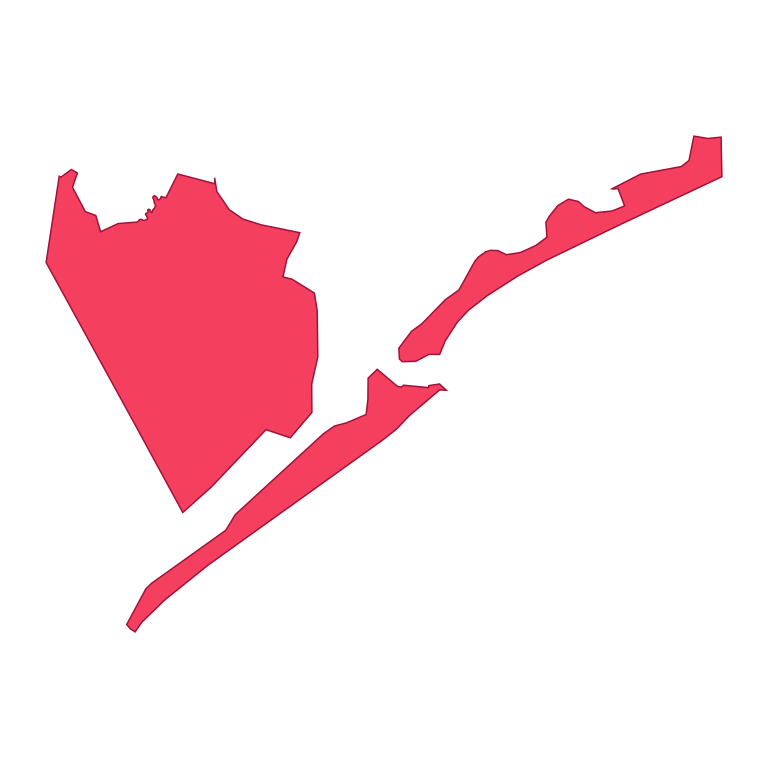 outline of Galveston, Texas, United States of America
{"feature_id": "52423323B5668037178714", "entity_name": "Galveston", "entity_type": "district", "adm_level": 2, "iso_a3": "USA", "parent_name": "United States of America", "parent_adm1": "Texas", "projection": "natural_earth1", "projection_center": [-94.91, 29.338], "detail": "fine", "context": "isolated", "style": "filled", "palette": "rose", "viewbox_px": 768, "rotation_deg": 0, "n_neighbors": 0, "source": "geoboundaries", "source_scale": "gbopen_adm2", "svg_char_len": 2068}
<svg xmlns="http://www.w3.org/2000/svg" viewBox="0 0 768 768"><path d="M59.2,176.3L46.1,262.5L78.1,320.8L134.8,424.2L182.8,512.5L211.1,487.2L266.0,429.7L290.3,437.8L308.2,416.8L311.9,412.5L311.7,384.1L317.8,357.0L317.2,310.6L314.4,293.1L292.0,279.2L283.0,276.9L286.9,259.2L296.7,241.8L299.8,232.7L261.4,224.9L243.0,219.1L229.1,209.6L226.8,206.1L216.9,191.6L214.6,177.7L215.0,183.8L177.8,174.0L166.0,197.6L164.4,197.3L163.7,197.4L161.5,196.5L161.0,196.9L160.6,198.2L159.7,199.3L158.8,200.0L158.2,200.0L157.6,199.6L157.4,198.1L156.8,197.4L154.7,195.7L153.2,196.4L152.8,197.6L153.2,198.7L154.0,200.4L154.1,201.7L154.3,202.9L155.2,204.4L155.4,205.6L154.5,208.2L153.2,209.4L152.7,210.2L152.3,212.0L151.6,212.4L151.0,212.2L150.5,210.8L150.0,209.9L148.9,209.2L147.9,209.8L147.7,210.5L148.1,211.8L147.6,212.7L146.0,213.3L145.6,213.9L145.7,214.7L146.7,216.2L147.3,217.7L147.4,218.9L147.0,219.5L146.4,219.8L145.3,220.0L144.1,220.5L143.0,220.3L141.9,219.6L140.7,219.3L139.7,219.6L139.0,220.2L138.3,221.3L137.0,222.1L118.3,223.5L100.6,231.7L95.8,215.5L85.3,211.6L72.5,187.3L77.4,173.0L71.3,169.5L61.2,177.0L59.2,176.3ZM612.0,188.8L613.3,189.1L618.0,188.5L624.6,205.9L612.1,211.0L595.4,212.7L583.9,206.5L578.4,201.5L568.4,199.2L557.8,205.6L549.1,216.5L545.9,222.4L546.9,237.2L535.6,245.6L520.2,252.6L506.3,254.7L497.9,250.6L490.7,250.3L485.6,251.8L478.4,257.0L474.6,261.6L459.0,289.9L445.3,299.7L421.6,324.0L411.6,331.2L398.8,348.2L399.4,359.0L402.3,361.7L415.8,361.3L428.9,354.4L439.7,354.4L445.2,340.9L457.4,322.1L468.6,310.1L487.2,295.7L518.0,275.9L546.4,260.3L620.1,224.6L721.9,176.7L721.1,137.1L708.0,138.5L693.9,136.1L689.0,160.5L681.1,166.6L640.6,174.1L612.0,188.8ZM145.8,588.9L126.7,624.5L130.4,628.9L135.1,631.9L142.0,622.0L164.6,600.1L208.2,565.0L382.7,440.0L396.5,429.1L409.4,415.6L439.7,389.9L446.4,390.3L439.5,384.0L428.8,385.6L428.3,387.6L403.6,385.2L401.3,387.0L397.5,386.4L377.2,369.3L368.1,378.1L367.9,399.4L366.1,414.5L346.6,422.8L334.5,426.0L323.5,433.7L235.4,514.5L225.7,530.3L151.4,583.4L145.8,588.9Z" fill="#f43f5e" stroke="#9f1239" stroke-width="1.5"/></svg>